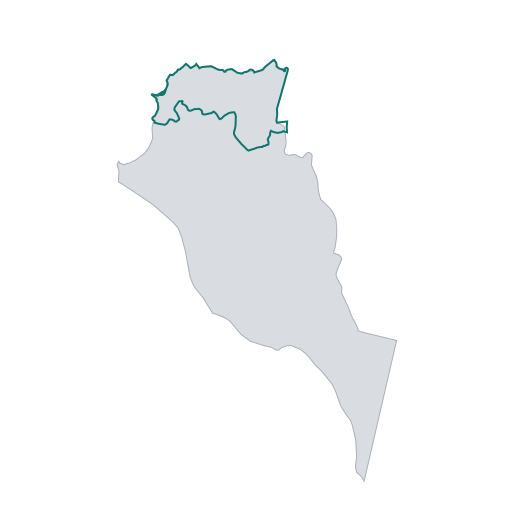 Morocco, with Oriental highlighted, rotated 283°
{"feature_id": "MAR-1454", "entity_name": "Oriental", "entity_type": "Region", "adm_level": 1, "iso_a3": "MAR", "parent_name": "Morocco", "parent_adm1": "", "projection": "robinson", "projection_center": [-2.611, 33.589], "detail": "fine", "context": "in_parent", "style": "outline", "palette": "teal", "viewbox_px": 512, "rotation_deg": 283, "n_neighbors": 0, "source": "natural_earth", "source_scale": "10m", "svg_char_len": 6305}
<svg xmlns="http://www.w3.org/2000/svg" viewBox="0 0 512 512"><g transform="rotate(283 256 256)"><path d="M64.9,408.1L67.9,402.7L73.0,400.3L83.5,399.1L99.1,394.6L113.2,387.7L117.2,385.0L121.6,379.6L128.7,372.5L142.0,364.0L148.1,359.2L157.5,347.3L163.7,337.4L168.9,331.1L172.5,325.5L175.1,319.8L176.6,310.6L175.8,307.0L172.1,301.1L169.5,299.5L168.9,296.8L170.4,291.9L170.5,283.5L171.6,270.1L176.1,259.2L186.8,245.1L188.9,239.2L190.3,230.0L190.4,226.7L203.7,213.5L211.5,203.5L214.2,201.0L220.9,196.4L244.5,186.3L257.8,179.2L265.6,173.9L270.2,167.7L283.2,143.4L296.1,109.3L297.1,105.4L302.7,104.2L306.6,103.8L309.8,102.5L313.7,100.0L317.5,101.0L315.6,102.7L315.5,106.9L318.2,111.8L322.7,117.4L331.1,124.4L337.6,127.2L347.0,128.9L357.9,125.8L364.1,125.8L367.0,124.4L370.3,126.4L376.4,127.0L382.3,126.0L386.8,123.0L389.7,119.6L390.1,121.3L390.3,123.1L391.1,124.2L392.9,128.5L393.8,130.2L397.3,129.9L400.2,130.7L406.9,130.3L413.4,131.1L414.3,133.9L416.1,136.1L422.8,141.2L426.7,144.3L426.8,145.4L425.6,148.0L425.0,149.8L426.1,151.7L428.5,154.0L428.7,155.1L428.1,156.4L426.9,158.9L429.6,166.1L430.0,173.1L429.4,178.1L429.4,181.0L429.7,183.5L432.0,189.1L430.5,198.5L432.3,203.6L434.6,207.8L436.0,215.2L437.9,218.7L441.0,221.7L442.8,222.8L446.2,225.3L448.7,227.5L450.1,230.6L447.0,233.2L444.6,235.6L443.9,238.1L445.1,242.1L445.1,244.3L443.5,245.0L437.1,244.7L432.1,244.6L426.3,244.4L418.2,244.0L413.1,243.7L406.2,243.4L403.8,243.6L397.5,244.7L393.0,245.5L392.3,245.7L390.9,246.7L389.9,249.7L389.0,253.1L388.1,254.6L374.7,259.5L369.4,260.2L366.4,259.7L364.2,260.1L362.3,261.1L361.7,262.7L361.6,264.7L362.0,266.7L363.3,269.6L363.5,272.4L362.6,274.4L362.4,276.5L362.0,278.6L362.7,279.8L364.0,280.0L365.3,281.0L367.2,281.9L368.7,283.6L368.6,286.1L367.3,287.5L366.2,288.2L361.2,288.9L357.2,289.4L351.9,293.3L346.3,297.5L339.7,300.3L336.8,301.0L331.7,303.0L325.6,306.3L322.6,311.6L318.8,317.6L315.1,321.7L310.1,325.5L305.5,327.0L299.6,328.8L292.3,330.3L287.1,330.7L285.5,331.0L280.9,331.1L278.7,330.8L277.0,330.7L276.3,331.1L276.1,332.1L276.0,334.2L275.7,336.7L274.2,338.9L273.2,339.8L272.0,340.2L268.1,339.6L264.9,338.9L257.2,338.0L255.7,338.3L255.1,338.5L252.7,339.9L249.0,343.0L246.5,345.6L244.6,346.8L240.1,347.5L238.2,348.5L229.8,355.1L228.0,356.7L219.4,362.4L216.9,364.3L215.0,366.2L209.9,370.4L206.6,372.3L206.0,373.4L205.8,376.0L205.7,381.7L205.6,387.2L205.5,395.2L205.4,403.2L205.3,412.0L60.8,412.0L64.9,408.1Z" fill="#d9dde1" stroke="#a8b0b8" stroke-width="1"/><path d="M390.5,122.6L389.9,123.2L390.0,124.2L390.6,124.9L391.6,124.5L392.0,125.2L391.7,125.5L391.6,126.1L391.5,126.7L391.6,127.9L391.8,128.4L392.1,128.9L392.5,129.5L393.3,130.0L394.4,130.4L396.7,130.6L395.4,129.5L393.0,126.8L392.5,126.0L392.6,125.7L393.1,126.0L394.6,127.6L394.8,128.1L396.3,129.6L397.7,130.3L399.3,130.9L402.5,131.4L404.0,131.2L404.7,131.0L405.3,130.7L405.9,130.0L406.5,129.5L407.2,129.4L410.1,130.5L410.9,130.6L411.6,130.8L412.4,131.3L413.3,131.6L413.3,133.1L413.6,134.1L414.2,134.8L415.1,135.2L416.3,136.0L417.3,137.0L418.3,137.6L419.8,137.8L420.2,138.1L420.3,138.5L420.3,139.0L420.5,139.6L420.9,140.1L422.6,141.1L423.7,142.1L427.0,144.2L427.5,144.7L427.4,145.0L427.0,145.3L426.3,147.0L424.6,149.6L424.4,150.2L428.2,154.1L429.3,154.4L429.7,154.6L426.3,158.7L427.5,160.1L428.3,161.8L430.6,168.8L430.7,169.3L430.8,169.8L430.7,170.5L429.2,176.6L429.1,178.4L429.4,180.2L429.8,181.3L429.7,181.8L429.5,182.3L429.2,182.7L428.8,183.0L428.5,183.4L428.4,184.0L428.6,184.6L429.0,184.9L430.1,185.3L430.7,185.7L431.0,186.2L432.5,189.6L432.6,190.8L432.2,191.9L431.8,192.6L431.2,194.7L430.7,195.6L430.4,196.6L430.4,200.3L430.7,201.5L432.3,203.1L432.9,204.2L433.3,205.4L434.0,206.3L434.8,207.1L435.7,207.7L436.3,208.3L436.5,209.0L436.5,209.9L436.4,210.8L436.3,211.1L436.2,211.5L436.0,211.8L435.7,212.1L434.4,213.0L438.7,220.3L439.8,221.2L441.8,221.9L450.7,228.8L451.2,229.6L449.3,231.7L448.3,232.5L447.1,233.0L445.8,233.2L445.3,233.5L444.8,234.2L444.5,234.8L444.0,236.2L443.6,239.7L443.5,240.1L443.5,240.4L443.5,240.7L443.3,241.1L443.1,241.3L442.5,241.8L442.4,242.0L442.6,242.6L443.1,242.6L444.3,242.1L444.9,242.1L445.5,242.3L446.0,242.8L446.2,243.6L445.6,244.9L444.3,245.2L441.9,245.1L441.7,245.1L440.9,245.1L439.7,245.0L438.1,244.9L436.2,244.8L434.0,244.7L431.5,244.6L428.9,244.5L426.2,244.4L423.4,244.2L420.6,244.1L417.9,244.0L415.2,243.9L412.7,243.7L410.4,243.6L408.4,243.5L404.1,243.3L398.4,244.9L392.5,245.4L390.6,246.5L392.8,252.4L394.1,256.1L388.6,256.9L383.5,258.4L383.6,256.3L383.8,254.4L382.6,253.4L381.0,249.9L380.7,247.5L380.8,244.4L381.4,242.5L380.1,242.1L378.6,242.2L377.2,242.5L375.7,242.2L374.7,241.8L373.2,241.3L371.9,241.3L371.0,241.9L369.6,242.6L367.8,243.0L366.9,242.5L366.6,241.2L365.3,240.0L364.9,238.4L363.6,237.6L363.2,235.7L361.9,232.8L359.8,229.7L358.9,228.0L357.0,225.0L357.6,223.4L358.4,222.1L359.9,219.9L361.4,217.2L367.2,209.4L369.8,207.2L371.4,206.8L373.1,206.7L375.0,206.9L378.6,206.7L387.7,204.9L389.4,204.0L391.1,202.6L390.6,200.4L389.3,197.6L385.9,193.9L382.0,191.2L381.2,190.0L381.8,189.0L385.2,185.8L386.8,183.4L387.1,182.0L386.5,181.5L385.5,180.9L382.6,174.8L382.1,172.9L382.4,171.8L385.3,170.5L386.1,169.1L386.6,167.3L385.8,165.1L385.3,163.0L383.3,160.3L382.6,159.0L382.7,158.0L382.7,157.6L382.9,157.1L383.4,156.7L385.7,155.1L385.9,154.8L386.0,154.5L386.1,154.2L386.4,154.1L386.6,153.9L386.7,153.6L386.8,153.5L387.5,151.0L387.5,150.2L388.0,149.7L388.8,149.5L389.5,149.5L390.0,149.7L390.4,149.3L390.0,148.5L389.8,147.8L389.7,146.8L389.2,146.1L382.5,143.4L380.2,143.5L379.1,144.5L378.4,145.5L377.3,146.8L372.7,150.3L371.6,150.4L370.1,148.9L369.2,148.5L368.9,147.7L368.8,146.9L369.1,146.2L369.6,145.6L369.7,144.8L369.9,143.7L370.0,142.7L369.6,141.0L367.0,140.1L365.8,139.8L364.2,138.7L363.3,137.6L362.9,130.1L363.2,128.8L363.0,127.5L363.0,127.2L364.1,127.1L364.8,126.7L365.1,126.1L365.3,125.0L366.0,124.3L366.8,124.0L367.7,124.1L368.3,124.5L369.6,125.7L370.2,126.2L372.6,126.6L373.4,127.0L373.8,127.0L374.2,127.0L374.6,127.0L374.9,127.1L375.5,127.4L375.8,127.5L377.4,127.6L378.8,127.4L382.7,126.0L383.4,125.6L384.8,124.1L385.1,123.9L385.4,123.9L385.7,124.1L386.0,124.2L386.4,124.1L387.4,123.1L388.6,120.2L389.4,119.0L389.4,118.6L389.5,118.3L389.8,118.2L390.2,118.4L390.3,118.7L390.2,119.3L390.3,119.8L390.0,120.9L390.4,122.4L390.5,122.5L390.5,122.6Z" fill="none" stroke="#0f766e" stroke-width="2"/></g></svg>